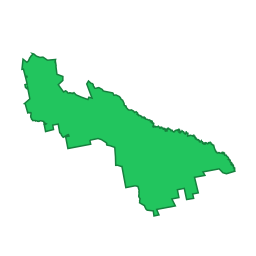 Guadalupe, Chihuahua, Mexico, rotated 349°
{"feature_id": "50627088B71409715310525", "entity_name": "Guadalupe", "entity_type": "district", "adm_level": 2, "iso_a3": "MEX", "parent_name": "Mexico", "parent_adm1": "Chihuahua", "projection": "albers", "projection_center": [-105.58, 30.875], "detail": "fine", "context": "isolated", "style": "filled", "palette": "green", "viewbox_px": 256, "rotation_deg": 349, "n_neighbors": 0, "source": "geoboundaries", "source_scale": "gbopen_adm2", "svg_char_len": 5852}
<svg xmlns="http://www.w3.org/2000/svg" viewBox="0 0 256 256"><g transform="rotate(349 128 128)"><path d="M31.0,84.3L31.7,84.6L32.5,94.1L33.6,93.8L33.8,94.2L34.3,94.4L35.5,94.3L35.7,94.6L35.4,96.1L34.9,97.3L34.7,98.4L34.6,98.5L34.8,99.6L35.1,100.2L35.0,100.9L36.0,102.2L35.9,102.5L38.5,103.0L38.7,103.5L39.0,103.4L39.8,103.5L40.6,104.2L41.3,104.4L42.1,104.5L43.0,104.1L43.9,104.3L46.5,105.5L46.5,106.6L47.7,107.1L47.3,107.0L46.7,107.3L46.5,107.6L47.4,107.6L48.5,108.3L47.7,108.7L46.4,108.6L46.4,115.8L54.6,115.3L54.7,110.8L60.2,110.8L60.1,119.5L60.5,120.2L61.0,120.6L61.4,122.5L62.3,124.3L62.7,124.8L67.5,123.1L68.3,123.1L68.5,124.7L65.1,124.7L65.1,136.7L88.3,136.8L88.2,133.2L88.9,132.7L96.6,132.6L99.7,134.3L103.7,138.1L104.3,139.0L103.9,139.5L103.9,140.0L103.9,140.6L104.2,140.8L107.1,142.0L111.3,144.5L110.2,153.9L108.8,162.3L110.7,162.6L114.3,164.6L114.7,164.6L114.5,186.1L123.8,186.1L125.0,186.5L126.6,187.3L127.0,191.4L126.5,192.8L126.4,194.3L125.5,197.1L125.8,198.5L126.4,199.8L125.6,201.3L125.5,202.4L125.1,203.6L129.4,207.4L129.4,208.1L130.2,211.1L131.1,212.3L137.0,214.2L136.7,219.3L141.8,219.2L140.6,213.4L159.6,213.5L157.5,206.0L164.7,206.0L164.7,198.0L171.7,198.0L171.9,209.4L179.0,209.6L178.9,205.1L184.6,205.1L183.9,189.1L194.5,189.2L193.2,185.4L209.7,185.5L212.6,190.0L215.9,191.7L224.7,190.8L224.6,189.9L224.3,189.7L224.6,189.0L224.9,188.8L225.0,187.5L224.0,187.3L224.3,186.3L224.1,186.0L224.3,184.9L224.1,184.4L223.6,184.9L223.2,184.2L223.3,183.8L222.8,184.0L222.4,183.7L222.5,183.5L223.0,183.4L222.9,183.2L222.4,182.8L222.7,182.5L223.0,182.9L223.1,181.9L222.9,181.5L221.9,181.1L221.7,180.3L222.1,179.7L222.1,179.3L221.8,179.4L221.8,179.0L221.2,178.6L221.4,178.6L221.4,178.4L220.7,178.1L221.1,177.2L220.5,175.6L219.5,174.6L219.4,173.7L219.1,173.3L218.6,173.2L218.1,173.3L217.7,173.0L217.6,172.6L217.7,172.4L217.9,171.5L217.9,171.3L217.5,171.3L217.4,170.4L217.0,170.2L216.7,170.3L216.3,171.2L215.7,171.0L215.6,170.0L215.1,170.4L214.4,170.5L214.0,170.3L213.4,170.3L213.0,169.6L212.4,169.4L211.4,169.8L210.5,169.2L210.2,168.8L210.4,168.5L210.0,168.2L209.6,167.6L209.6,167.2L209.7,166.7L209.3,166.3L209.2,165.7L209.0,164.3L208.8,162.5L208.9,162.3L208.7,162.0L208.8,161.3L207.8,160.8L207.9,160.4L207.5,160.0L206.9,159.9L206.7,159.7L206.6,158.4L205.9,157.6L205.0,158.2L204.3,157.8L204.0,158.3L203.4,158.3L203.2,158.7L202.6,158.4L201.9,157.4L201.5,157.2L201.1,157.4L200.5,157.3L200.8,158.0L200.7,158.5L200.4,158.5L200.3,158.2L199.5,158.2L199.5,157.9L199.1,157.3L198.8,157.3L198.7,157.6L198.3,157.3L198.5,156.2L198.4,155.7L198.0,155.7L197.7,155.3L197.6,154.9L197.5,155.1L196.6,155.2L196.3,155.5L195.7,155.2L195.8,155.0L196.2,154.8L196.0,154.2L195.6,153.9L195.1,153.9L195.0,153.0L194.5,152.7L193.9,153.0L193.6,152.8L193.6,152.4L193.3,152.0L192.6,151.7L192.9,151.4L192.9,150.9L192.5,150.4L192.3,150.8L192.2,150.8L191.7,150.2L192.0,149.3L191.7,149.1L191.9,148.7L191.5,148.3L191.1,148.7L190.5,148.5L190.8,147.7L189.8,148.0L189.3,147.6L187.9,147.3L187.6,146.9L186.4,147.4L185.9,147.1L185.0,147.3L185.2,146.4L185.5,146.0L185.8,144.6L185.4,144.4L185.2,144.5L184.8,144.3L184.6,144.0L184.7,143.8L184.5,143.0L184.1,143.1L183.9,144.1L183.4,144.8L183.2,144.9L182.6,144.4L182.3,143.6L181.9,143.4L182.0,142.7L181.8,142.3L181.0,141.9L180.8,141.4L180.5,141.0L180.0,141.7L179.4,141.7L179.0,142.0L178.7,142.6L178.3,142.7L177.6,142.4L177.2,141.9L177.2,141.6L177.5,140.9L177.9,141.0L178.3,140.7L178.4,140.1L178.1,139.8L177.8,138.9L177.5,138.9L176.2,140.0L176.0,139.8L175.9,139.3L175.1,139.4L174.8,139.3L174.2,139.5L174.0,139.8L173.4,139.8L172.3,140.7L171.1,139.6L171.0,138.8L170.8,138.5L170.2,138.4L169.7,138.8L169.1,137.3L168.7,137.0L168.2,137.1L167.9,136.9L167.8,136.0L167.6,135.8L167.2,135.8L166.3,136.1L166.3,137.0L165.6,138.4L165.2,138.2L165.3,137.6L165.1,137.2L164.9,137.9L164.2,138.2L163.9,137.8L164.2,137.0L163.9,136.3L163.9,135.5L163.7,135.4L163.6,135.6L163.2,135.4L162.7,136.0L162.4,135.9L162.6,135.0L161.9,134.6L161.4,134.6L161.2,133.6L160.3,133.5L159.4,134.3L159.1,134.0L159.2,133.3L158.4,132.7L158.1,132.0L157.1,132.5L156.2,132.3L155.2,131.7L155.0,132.0L154.6,131.5L153.5,132.0L152.8,131.6L152.7,131.4L153.0,130.9L153.6,130.7L153.7,130.0L153.5,129.8L153.8,129.4L153.6,128.7L154.1,128.3L153.7,127.9L152.9,127.9L152.4,127.4L153.0,126.7L153.0,125.9L152.4,125.5L151.9,125.9L151.3,126.0L151.3,125.7L151.5,125.5L151.1,124.5L150.8,124.2L149.6,124.1L148.9,123.4L148.3,123.1L147.4,122.9L146.9,122.2L146.9,121.5L146.6,121.2L146.1,121.7L145.8,121.7L145.6,121.3L146.0,121.1L146.0,120.4L144.2,120.2L143.9,120.4L143.8,119.7L143.4,119.4L143.4,119.0L142.7,118.9L142.4,118.2L141.9,117.9L141.4,117.7L140.9,117.9L140.7,117.6L141.1,117.5L140.9,117.1L140.3,116.6L139.6,116.3L139.9,115.7L140.3,115.5L140.3,115.3L139.1,113.6L137.3,114.0L137.1,113.2L136.6,112.3L135.8,111.9L135.1,111.0L134.4,110.8L133.7,111.0L131.8,110.2L130.1,107.3L130.3,106.4L130.2,106.0L128.9,105.3L128.6,104.3L128.8,103.7L128.8,103.0L128.0,99.7L126.7,98.5L126.3,96.8L125.4,95.4L122.5,93.3L120.4,93.2L119.9,90.9L119.6,90.6L111.5,87.3L110.4,86.5L110.3,85.6L110.0,85.2L107.1,82.8L106.7,82.7L104.2,82.9L103.2,82.7L102.8,82.4L102.5,81.0L102.0,80.0L102.1,78.7L101.6,77.7L100.2,77.0L98.2,74.3L95.9,76.9L98.4,91.8L95.5,90.3L94.1,92.4L88.1,88.8L83.4,85.6L81.7,83.0L80.7,83.6L79.9,83.5L79.8,83.0L79.0,83.0L78.5,82.7L78.0,82.7L77.9,82.4L77.2,82.3L76.6,82.6L75.4,81.9L75.3,81.2L74.6,80.3L73.8,79.6L71.6,80.3L67.8,72.2L73.1,68.9L73.9,65.0L68.5,61.7L69.0,54.1L69.3,53.1L69.4,50.0L69.0,49.9L69.0,49.5L69.4,49.6L69.5,48.0L70.0,46.9L62.0,46.1L61.4,45.6L58.4,42.5L58.0,42.2L55.0,41.9L51.8,40.0L49.7,37.4L48.3,36.7L48.6,37.2L48.4,37.7L47.6,38.1L46.2,39.1L45.5,40.1L44.7,40.6L44.3,41.5L43.6,42.3L43.0,43.2L41.3,44.2L38.1,40.4L35.1,50.2L36.6,50.3L37.0,57.8L38.5,57.8L38.6,58.6L37.1,58.6L37.4,65.6L35.1,65.8L35.1,68.6L36.2,70.0L37.2,68.5L37.2,80.7L31.0,84.3Z" fill="#22c55e" stroke="#15803d" stroke-width="1.5"/></g></svg>